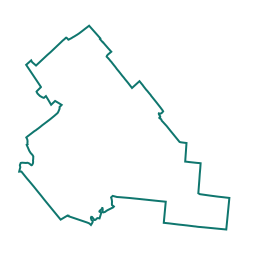 Valea Argovei, Calarasi, Romania, rotated 274°
{"feature_id": "2599482B75738828080552", "entity_name": "Valea Argovei", "entity_type": "district", "adm_level": 2, "iso_a3": "ROU", "parent_name": "Romania", "parent_adm1": "Calarasi", "projection": "robinson", "projection_center": [26.781, 44.353], "detail": "fine", "context": "isolated", "style": "outline", "palette": "teal", "viewbox_px": 256, "rotation_deg": 274, "n_neighbors": 0, "source": "geoboundaries", "source_scale": "gbopen_adm2", "svg_char_len": 3893}
<svg xmlns="http://www.w3.org/2000/svg" viewBox="0 0 256 256"><g transform="rotate(274 128 128)"><path d="M54.7,233.7L65.3,234.0L65.6,227.5L65.8,222.5L66.3,214.4L67.0,204.3L67.8,202.7L81.6,202.8L85.9,202.8L87.6,202.8L92.6,202.9L97.9,202.9L98.0,201.2L98.0,199.8L98.0,199.4L98.3,191.5L98.4,189.8L98.5,187.7L98.5,187.4L117.1,187.4L117.2,185.7L117.3,183.6L117.4,182.2L117.4,181.8L117.7,180.4L128.0,170.7L132.7,166.4L137.8,161.0L138.7,160.7L139.0,160.5L139.6,159.5L139.8,159.1L140.0,158.7L140.3,158.5L140.6,158.6L140.9,159.3L141.2,159.4L141.5,159.4L142.0,159.2L142.6,158.8L143.2,158.3L143.8,157.9L144.3,157.7L144.6,157.7L144.8,157.8L144.7,158.1L144.6,158.7L144.5,159.1L144.8,159.8L145.2,160.4L145.9,161.1L147.1,161.9L148.2,161.1L149.0,160.4L149.6,159.9L151.2,158.5L153.3,156.6L155.3,154.8L159.3,151.1L162.0,148.6L162.3,148.5L162.8,148.0L165.0,145.9L166.1,144.9L167.1,143.8L167.3,143.7L167.6,143.3L168.2,142.8L168.6,142.4L169.2,141.9L170.4,140.8L172.1,139.4L172.8,138.7L174.1,137.5L175.5,136.2L168.2,129.2L172.8,125.1L174.3,123.7L176.6,121.5L178.0,120.3L179.4,118.9L183.5,115.2L186.0,112.8L187.1,111.9L188.5,110.7L189.1,110.1L192.4,107.1L192.7,106.9L193.5,106.0L194.1,105.4L194.8,104.8L195.8,103.8L197.7,101.7L198.7,102.0L199.8,102.8L202.9,106.0L206.3,102.5L209.9,98.9L211.8,97.1L211.7,96.9L213.1,95.5L214.8,93.8L215.2,94.1L215.4,94.2L215.5,94.1L218.0,91.6L226.6,82.8L227.3,82.1L227.2,82.0L227.1,81.8L226.9,81.6L226.1,80.7L225.3,79.8L224.0,78.3L223.2,77.4L222.7,76.9L222.3,76.4L221.3,75.3L219.1,72.8L218.4,71.9L217.4,70.6L216.5,69.3L215.6,68.1L215.0,67.1L213.6,65.2L213.3,64.7L212.6,63.5L212.1,62.8L211.9,62.5L211.9,62.4L212.0,62.3L212.1,62.2L212.4,61.9L212.9,61.4L213.4,60.8L213.8,60.2L213.8,59.9L211.7,57.9L210.7,56.8L208.8,55.1L198.1,45.3L196.5,43.7L195.3,42.5L183.9,31.9L186.6,28.3L187.0,27.8L187.4,27.5L188.7,26.7L183.9,22.0L164.8,36.8L162.8,38.3L162.7,38.3L158.5,34.6L158.2,34.4L157.9,34.2L157.7,34.3L156.1,35.3L153.9,37.8L153.0,39.6L152.6,40.5L152.2,41.9L152.2,42.0L154.1,43.9L150.5,46.5L145.8,49.7L149.9,53.4L147.9,57.4L146.4,60.2L144.8,58.9L144.5,58.4L143.3,58.3L142.4,58.4L139.2,57.3L138.0,56.7L134.9,53.6L131.8,50.3L130.8,49.2L124.8,42.3L122.9,40.3L121.2,38.4L120.3,37.3L119.3,36.2L118.4,34.9L113.0,28.8L111.5,27.2L110.6,27.7L109.8,28.2L108.9,28.5L108.3,28.6L107.5,28.7L107.1,28.8L106.5,28.7L105.7,28.7L104.7,29.0L104.1,28.1L101.5,29.5L98.4,31.1L96.7,32.3L96.0,32.9L94.9,34.1L94.4,34.6L93.1,35.5L90.3,35.6L88.9,35.5L87.8,35.7L86.5,35.7L85.0,35.2L84.5,34.9L84.2,34.6L84.1,34.2L84.5,33.6L84.9,33.1L85.7,32.0L86.2,30.6L86.3,30.0L86.1,29.2L86.0,28.7L86.0,27.9L86.0,25.0L85.8,23.9L85.6,23.4L83.4,22.7L81.4,23.3L78.1,22.7L76.9,22.5L77.1,24.4L77.1,24.7L76.6,25.2L75.9,25.8L72.0,29.4L70.3,31.0L68.7,32.6L65.4,35.8L63.6,37.5L63.1,38.0L61.8,39.2L59.2,41.6L54.3,46.2L51.3,48.9L48.3,51.7L48.1,51.9L37.5,61.9L31.9,67.2L36.4,73.7L36.5,73.8L36.5,74.0L36.4,74.7L35.9,74.6L33.7,83.0L30.9,93.7L30.3,95.6L30.1,95.9L30.1,96.0L29.4,97.0L28.7,97.8L30.3,98.7L31.8,99.3L32.2,99.3L32.6,99.3L32.8,99.2L33.7,98.0L35.5,97.3L36.2,97.3L36.8,97.6L36.8,98.3L34.5,100.4L34.2,100.6L34.0,100.8L33.9,101.1L33.9,101.4L34.2,102.0L34.9,102.7L35.8,103.5L36.0,104.0L36.0,104.6L35.8,105.7L35.8,105.9L41.4,107.2L41.6,107.1L42.1,106.8L42.4,106.3L42.4,105.5L42.7,105.3L43.2,105.4L43.6,105.7L44.2,106.3L45.4,107.5L46.2,107.9L46.4,107.9L46.4,108.1L46.2,108.2L45.9,108.3L45.3,108.4L44.7,108.5L44.0,108.4L43.1,108.4L42.8,108.5L42.3,108.8L42.2,108.9L42.1,109.1L42.1,109.4L42.6,110.7L42.8,111.1L43.9,112.3L45.0,114.0L46.1,115.9L47.9,118.9L48.7,119.4L49.9,117.5L50.6,117.3L51.8,117.2L53.3,117.2L54.5,117.0L55.7,116.7L57.6,116.0L59.2,117.5L58.4,121.8L58.4,125.7L58.3,133.8L58.2,137.1L58.0,143.7L57.7,152.3L57.3,163.5L57.1,170.8L35.9,170.3L35.7,176.0L35.4,181.6L35.2,185.6L35.1,188.8L34.9,193.7L34.7,197.5L34.5,201.2L34.5,201.9L34.3,204.6L34.2,210.8L33.6,233.1L40.4,233.3L54.7,233.7Z" fill="none" stroke="#0f766e" stroke-width="2"/></g></svg>